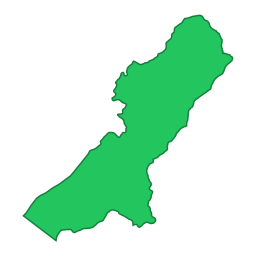 Umling, Geylegphug, Bhutan
{"feature_id": "84629894B75666827579722", "entity_name": "Umling", "entity_type": "district", "adm_level": 2, "iso_a3": "BTN", "parent_name": "Bhutan", "parent_adm1": "Geylegphug", "projection": "orthographic", "projection_center": [90.619, 26.907], "detail": "fine", "context": "isolated", "style": "filled", "palette": "green", "viewbox_px": 256, "rotation_deg": 0, "n_neighbors": 0, "source": "geoboundaries", "source_scale": "gbopen_adm2", "svg_char_len": 5875}
<svg xmlns="http://www.w3.org/2000/svg" viewBox="0 0 256 256"><path d="M23.4,215.8L56.0,240.6L56.4,238.0L56.7,237.0L57.1,236.0L57.6,235.1L59.3,232.4L60.3,231.2L60.7,230.8L61.1,230.5L61.5,230.2L62.0,230.1L66.2,229.6L68.8,229.5L70.2,229.5L70.8,229.6L71.2,229.8L71.6,230.2L71.9,230.6L72.9,231.9L73.3,232.2L73.8,232.4L74.3,232.5L74.9,232.5L75.3,232.3L76.2,231.6L77.1,231.2L78.1,230.8L79.1,230.6L79.6,230.4L81.1,229.7L82.5,229.0L83.0,228.8L84.5,228.5L87.6,228.3L89.7,228.1L91.3,227.7L92.3,227.4L93.2,226.9L94.9,225.6L96.4,224.2L97.5,223.0L98.4,222.4L99.3,221.9L100.2,221.5L101.3,221.3L101.8,221.1L102.3,220.9L102.7,220.7L103.1,220.3L103.7,219.4L104.2,218.5L105.0,217.1L105.2,216.7L105.6,216.3L105.8,215.8L106.5,214.4L106.7,213.9L107.3,213.1L108.1,212.4L110.2,210.8L111.2,210.2L111.6,210.0L112.1,209.9L112.6,209.9L113.2,210.0L114.2,210.2L115.2,210.5L116.2,210.8L117.7,211.4L118.2,211.6L118.5,211.9L119.0,213.5L119.4,213.8L120.4,214.2L121.3,214.7L122.2,215.3L123.2,215.6L125.1,216.6L126.4,217.4L128.5,218.9L130.5,219.7L131.0,219.9L131.8,220.6L132.2,220.9L132.5,221.4L132.8,222.1L133.1,225.3L134.0,224.8L135.1,224.5L135.5,224.4L136.5,224.5L137.1,225.0L138.0,226.5L138.6,227.0L139.0,227.2L139.8,227.1L140.2,226.8L141.7,225.7L143.0,224.2L145.6,222.5L146.6,222.1L147.7,222.3L149.7,223.2L150.4,223.5L151.6,223.4L152.6,223.3L153.9,222.9L154.7,222.1L155.4,221.0L155.6,220.1L155.4,219.3L155.3,218.9L154.8,218.1L153.2,217.4L152.2,216.5L151.6,215.4L151.5,215.0L151.5,213.5L151.3,212.4L150.6,211.4L150.4,210.8L150.2,209.7L150.1,208.5L149.7,207.4L149.0,206.6L148.2,206.0L147.9,205.4L148.1,204.5L148.4,202.4L148.5,201.5L149.0,200.8L149.9,200.0L150.6,198.5L150.9,198.1L151.3,195.7L151.3,195.0L151.6,194.6L152.5,192.5L152.6,191.7L152.2,191.1L150.2,189.9L149.8,189.6L149.3,188.5L149.5,187.6L150.0,187.1L150.8,185.8L151.2,185.1L151.2,183.8L151.0,182.9L150.5,182.2L150.0,181.6L149.6,181.3L149.3,180.9L149.1,179.5L148.0,177.4L148.0,176.7L148.0,175.6L147.8,175.0L147.2,174.0L146.9,172.9L146.8,171.8L146.7,170.2L147.5,167.6L148.3,165.7L148.8,165.1L149.5,164.8L149.9,164.1L150.5,163.4L151.9,163.0L152.7,162.6L153.2,162.2L153.3,161.6L153.1,160.1L153.4,159.1L155.0,158.5L157.4,157.5L159.7,155.1L162.3,153.8L163.8,152.8L165.2,151.2L166.6,150.4L167.3,149.5L167.5,148.6L167.1,146.8L167.7,144.9L167.9,143.2L168.8,142.1L169.5,141.7L170.3,141.6L171.2,141.1L172.3,140.1L175.0,136.7L175.9,135.2L176.2,133.6L177.7,132.3L179.1,130.4L180.4,128.8L182.5,127.6L183.8,126.8L184.9,126.6L185.9,126.2L186.7,125.7L186.5,124.6L186.8,122.3L187.7,120.1L188.0,116.6L188.4,113.1L188.5,111.4L188.8,110.5L189.0,109.9L189.7,109.4L190.8,108.0L191.8,107.4L192.7,106.4L193.0,105.7L193.3,104.0L193.7,103.2L193.7,102.4L194.0,101.5L194.6,100.6L195.7,99.5L197.6,98.3L200.9,95.8L207.4,91.3L208.6,90.2L210.0,89.6L210.8,88.6L211.2,86.9L211.5,85.3L212.6,83.3L213.6,81.2L214.4,80.1L214.7,79.4L216.3,77.9L217.2,77.1L218.2,76.1L221.0,74.7L222.1,74.0L222.9,73.0L223.9,71.0L224.5,69.0L225.2,67.4L225.9,66.1L227.9,64.0L229.5,62.8L230.8,61.6L231.7,60.8L232.1,60.1L232.6,58.8L232.5,57.7L232.2,57.1L230.7,56.2L230.0,55.2L229.1,54.7L226.5,54.0L225.5,53.6L224.5,53.3L222.9,53.4L223.0,51.6L222.3,50.2L222.1,49.7L222.1,48.3L221.8,47.9L221.4,46.6L221.4,45.5L221.8,43.3L222.0,41.5L222.1,39.8L221.2,38.6L219.6,35.1L219.5,34.4L219.2,33.6L217.9,32.8L217.0,32.2L216.4,31.4L216.3,30.9L215.9,30.8L213.6,29.7L212.7,29.1L211.5,28.1L211.1,27.7L210.5,26.9L209.9,26.0L209.4,24.5L209.1,23.5L208.7,22.5L208.4,22.1L208.0,21.7L207.2,21.0L205.3,20.2L204.8,20.0L204.4,19.7L204.0,19.3L203.0,17.4L202.4,16.5L202.0,16.2L201.1,15.7L200.1,15.4L199.6,15.4L199.0,15.4L197.5,15.6L194.9,16.1L193.3,16.3L192.3,16.5L190.8,17.1L187.9,18.1L185.8,18.4L184.7,18.6L184.4,19.0L184.1,19.4L183.2,20.7L182.7,21.7L182.1,22.5L181.7,22.9L180.8,23.5L179.9,24.0L179.0,24.6L177.8,25.6L175.3,27.4L174.6,28.2L174.5,28.7L174.4,29.8L174.3,30.8L174.3,31.4L174.2,31.9L173.9,32.3L173.5,32.7L172.3,33.6L172.0,34.1L171.8,34.5L171.6,35.0L171.8,36.6L171.7,37.1L171.3,38.1L171.0,38.5L170.2,39.3L169.4,39.9L168.2,41.0L167.3,41.6L166.2,42.9L166.0,43.5L166.0,44.0L166.3,45.9L166.2,47.4L165.9,48.6L165.5,49.3L165.1,49.8L163.6,51.3L163.2,51.7L162.0,52.5L161.1,52.9L158.6,53.8L158.0,54.3L158.0,54.7L157.7,56.0L157.5,56.5L154.4,58.3L153.5,59.3L148.9,61.3L147.8,62.5L147.2,62.7L145.5,62.7L144.5,63.1L143.4,63.8L141.4,64.5L140.7,64.6L139.5,64.3L134.6,61.5L133.6,61.3L132.6,62.4L132.3,63.8L129.3,66.0L127.5,68.0L126.6,71.9L127.5,74.1L127.2,75.0L126.5,75.5L125.6,75.7L124.4,75.5L124.0,75.0L124.0,73.7L123.8,73.1L123.3,72.5L122.6,72.5L121.9,72.8L121.1,73.8L120.8,75.5L120.3,76.7L119.3,78.5L117.8,79.6L117.1,80.7L115.7,82.2L115.6,82.7L115.8,83.2L116.7,84.1L116.7,85.5L116.2,87.0L115.1,88.7L113.9,90.3L113.8,90.7L113.7,91.2L114.1,92.0L115.7,93.5L115.7,95.0L115.5,95.5L114.7,96.4L113.8,97.1L112.4,97.8L112.1,98.4L112.3,99.5L112.6,100.1L113.3,100.6L113.9,100.7L116.7,99.8L118.8,99.6L119.9,100.3L122.3,102.4L123.6,103.0L124.9,103.3L125.6,103.8L126.3,104.4L126.4,104.8L126.1,105.4L126.0,106.0L125.0,107.9L123.1,109.3L122.8,109.7L122.6,110.5L122.8,111.5L122.8,112.2L122.7,113.0L122.5,113.3L122.0,113.8L121.4,114.0L120.5,114.1L118.6,114.2L118.0,114.3L117.7,114.6L117.6,115.0L119.4,116.8L122.4,118.8L123.4,120.0L124.1,121.7L124.3,123.6L125.1,124.4L125.4,125.6L126.5,126.9L126.5,127.6L126.4,128.1L126.0,128.5L125.9,128.9L126.0,131.1L125.6,132.1L125.0,132.6L124.5,132.7L122.8,132.7L122.4,133.1L121.8,134.3L120.8,135.1L120.3,136.2L120.0,136.8L119.5,137.1L119.1,137.3L118.4,137.3L118.0,137.0L114.8,133.7L113.4,132.8L110.9,132.4L108.8,132.7L107.7,133.4L107.1,134.0L105.8,135.6L104.3,136.7L102.5,139.2L100.7,140.9L100.5,141.7L101.0,143.7L100.3,144.8L98.4,146.1L96.6,147.8L95.2,148.7L93.6,149.5L91.3,150.1L90.4,150.6L89.7,151.0L88.4,153.8L79.6,164.8L70.7,175.7L63.4,181.1L59.7,183.9L52.5,188.1L45.8,192.9L40.4,195.5L36.8,198.2L34.0,201.6L30.8,205.9L28.4,209.7L26.1,213.1L23.4,215.8Z" fill="#22c55e" stroke="#15803d" stroke-width="1.5"/></svg>